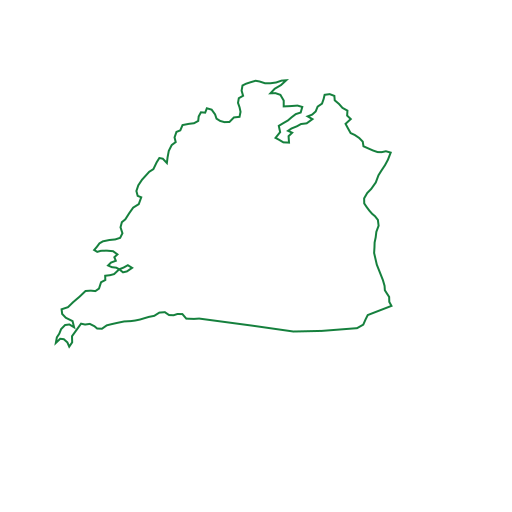 Timbé do Sul, Santa Catarina, Brazil, rotated 31°
{"feature_id": "56859067B25320929028049", "entity_name": "Timbé do Sul", "entity_type": "district", "adm_level": 2, "iso_a3": "BRA", "parent_name": "Brazil", "parent_adm1": "Santa Catarina", "projection": "natural_earth1", "projection_center": [-49.896, -28.823], "detail": "fine", "context": "isolated", "style": "outline", "palette": "green", "viewbox_px": 512, "rotation_deg": 31, "n_neighbors": 0, "source": "geoboundaries", "source_scale": "gbopen_adm2", "svg_char_len": 2942}
<svg xmlns="http://www.w3.org/2000/svg" viewBox="0 0 512 512"><g transform="rotate(31 256 256)"><path d="M239.5,338.9L288.5,317.7L326.9,301.5L331.2,298.8L351.0,286.3L379.8,265.8L383.3,259.6L382.6,254.1L382.2,249.1L385.2,245.2L397.8,229.0L393.9,226.7L391.2,222.5L387.5,220.7L384.1,219.0L381.6,215.4L377.2,211.3L364.0,201.2L355.7,192.6L353.1,187.6L350.7,183.3L349.0,178.4L346.7,173.3L345.5,166.9L341.9,162.3L337.5,160.6L333.7,160.0L329.7,158.7L325.5,157.0L321.7,155.2L319.0,150.9L318.9,144.7L320.2,139.2L320.8,131.3L319.4,123.7L319.5,118.3L319.8,111.7L319.5,105.5L318.2,98.0L313.4,99.3L310.2,102.3L306.7,104.3L302.0,105.3L296.5,106.0L291.6,106.6L288.6,103.0L283.7,101.7L278.3,101.4L273.8,101.9L268.9,99.1L264.7,96.6L266.7,89.8L261.8,88.7L259.5,84.3L253.8,84.5L248.8,82.9L243.3,82.0L240.7,78.4L235.8,79.3L231.8,82.5L233.1,86.6L234.1,91.4L231.9,96.2L232.7,101.4L231.3,105.9L228.4,109.7L233.9,109.6L231.1,116.2L226.6,119.7L224.3,123.7L220.7,128.5L219.0,132.2L223.5,131.7L222.2,136.5L225.9,141.8L220.9,144.5L215.9,144.5L211.9,144.7L212.9,137.4L208.5,132.7L211.0,128.0L213.6,123.3L215.1,118.7L217.0,113.9L220.4,110.0L218.9,104.4L214.1,105.7L208.0,110.0L202.7,113.5L199.7,108.5L193.9,105.3L188.8,106.4L184.6,109.1L185.9,103.0L189.4,96.6L191.4,89.8L187.6,92.5L183.9,96.9L179.4,100.5L174.7,103.3L169.1,104.6L165.4,106.0L161.9,109.8L158.7,113.5L156.6,116.8L158.5,121.7L162.4,125.3L160.0,129.6L161.7,134.0L165.3,137.0L168.5,140.4L170.2,145.2L165.7,148.6L164.2,154.8L160.0,157.5L155.7,158.7L151.4,158.6L148.0,155.7L142.6,153.4L137.8,154.7L138.6,159.3L134.8,161.2L135.0,165.9L136.9,170.0L134.5,174.1L130.4,177.3L125.6,181.6L126.4,187.3L123.9,190.6L125.1,196.3L128.5,199.7L126.6,204.3L127.1,210.8L129.4,217.0L131.7,222.2L126.0,220.6L122.7,221.8L122.6,226.8L123.3,234.4L121.1,238.8L120.0,244.3L119.0,249.4L118.7,256.0L120.0,261.9L123.6,265.4L127.4,264.8L128.8,271.9L125.8,277.8L125.3,284.5L125.1,291.9L123.6,296.1L125.1,301.2L129.8,305.3L130.2,310.4L126.8,314.3L122.1,317.8L117.2,322.3L115.3,325.8L114.9,330.0L114.2,334.2L117.8,334.2L120.4,331.4L125.3,328.3L131.0,325.5L136.4,326.0L135.2,330.0L138.3,332.3L135.1,336.3L134.1,340.3L138.2,339.8L142.2,338.0L145.6,337.8L143.7,344.6L140.8,347.6L136.9,350.6L139.2,354.2L136.7,358.3L138.2,364.8L136.4,368.8L132.2,370.8L127.9,373.8L125.7,381.8L123.0,389.8L121.2,396.7L116.8,401.8L119.7,405.5L124.8,406.9L132.3,406.3L136.8,410.8L131.3,410.8L127.9,413.5L126.6,419.0L127.4,424.0L127.2,428.3L129.2,433.6L130.8,427.8L134.1,426.3L138.8,427.2L142.6,429.9L142.9,424.7L139.6,419.5L140.9,404.1L144.8,402.8L148.5,399.8L153.7,399.4L157.2,400.0L161.4,397.7L163.8,392.3L167.2,388.9L171.5,384.8L176.7,380.0L182.2,376.3L185.6,373.6L189.3,370.2L192.2,367.0L195.5,363.4L199.6,359.7L202.3,354.3L206.8,351.1L211.9,351.4L215.9,349.2L218.5,346.2L222.8,343.7L228.5,345.6L235.2,341.9L239.5,338.9ZM145.6,337.8L148.4,334.2L150.9,329.9L155.9,330.0L153.3,335.7L150.4,338.5L145.6,337.8Z" fill="none" stroke="#15803d" stroke-width="2"/></g></svg>